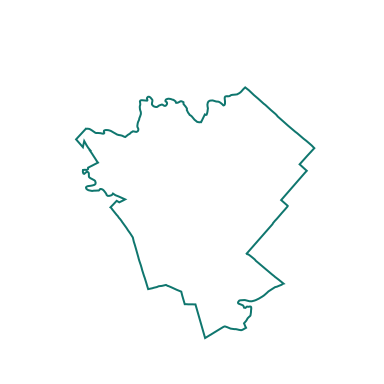 Milcovul, Vrancea, Romania, rotated 212°
{"feature_id": "2599482B789818779685", "entity_name": "Milcovul", "entity_type": "district", "adm_level": 2, "iso_a3": "ROU", "parent_name": "Romania", "parent_adm1": "Vrancea", "projection": "orthographic", "projection_center": [27.261, 45.644], "detail": "fine", "context": "isolated", "style": "outline", "palette": "teal", "viewbox_px": 384, "rotation_deg": 212, "n_neighbors": 0, "source": "geoboundaries", "source_scale": "gbopen_adm2", "svg_char_len": 6051}
<svg xmlns="http://www.w3.org/2000/svg" viewBox="0 0 384 384"><g transform="rotate(212 192 192)"><path d="M271.0,213.5L271.4,213.3L274.2,212.2L274.5,211.7L274.7,211.1L275.1,210.5L275.3,210.0L275.5,209.0L275.6,208.5L276.6,206.6L277.1,205.1L277.4,204.3L277.5,203.8L277.7,203.3L278.5,203.0L281.2,202.7L283.0,202.1L284.3,201.5L285.8,201.1L286.3,201.0L287.6,201.0L289.6,200.9L293.0,200.8L294.4,200.5L295.7,200.1L297.1,199.4L298.2,198.7L298.6,198.2L298.9,197.8L299.1,197.4L299.0,197.1L298.8,196.6L298.1,195.9L297.7,195.6L297.7,195.3L297.7,195.0L297.9,194.7L298.2,194.4L298.6,194.2L300.4,193.5L300.8,193.4L301.3,193.1L303.1,192.2L304.6,191.2L305.5,191.0L306.7,191.1L307.5,191.1L309.1,191.2L311.4,191.2L312.7,191.0L313.1,190.8L314.2,190.3L314.9,189.7L315.2,189.5L315.5,189.5L318.2,175.2L308.3,172.2L310.4,178.1L306.2,175.8L303.5,174.5L300.3,173.4L300.6,173.1L297.0,171.5L294.5,170.3L292.1,169.2L289.2,167.8L287.3,167.1L293.0,157.6L292.7,157.1L292.3,156.3L292.6,155.4L293.0,155.0L295.0,153.8L296.1,152.9L295.4,151.5L294.6,150.6L293.7,150.1L293.0,150.3L292.2,152.8L291.9,153.3L291.4,153.6L290.9,153.7L290.4,153.7L289.7,153.4L289.2,152.9L288.5,151.8L288.1,151.2L287.7,150.6L287.3,150.2L286.8,150.0L285.3,149.9L284.3,150.0L281.1,150.2L280.3,150.1L279.7,149.8L279.2,149.3L278.7,148.9L278.4,148.3L278.2,147.7L278.3,147.0L278.6,146.3L279.9,144.8L281.3,143.5L283.3,141.9L284.0,141.0L284.3,140.3L284.3,139.8L284.1,139.4L283.6,139.0L283.1,138.7L282.6,138.6L282.0,138.6L281.2,138.6L280.6,138.7L277.9,139.7L277.2,140.0L275.7,141.3L275.0,141.7L272.4,143.5L272.0,143.7L271.7,144.1L271.6,144.5L271.6,145.3L271.4,145.9L271.0,146.2L270.0,146.6L268.9,146.7L267.6,146.5L265.1,145.6L263.8,145.0L262.9,144.3L262.6,144.2L261.8,144.1L261.4,144.1L261.0,144.3L260.5,144.6L259.9,145.1L259.0,146.1L258.6,146.6L258.3,147.3L258.2,147.9L258.2,148.8L255.2,148.7L252.1,149.3L244.8,150.3L245.9,148.4L248.2,144.7L251.2,144.6L252.3,139.0L252.9,136.4L253.0,135.8L252.4,135.8L249.9,134.8L244.7,133.0L243.6,132.6L242.6,132.4L241.4,131.9L240.3,131.4L238.8,131.0L236.4,130.1L235.9,129.8L228.5,126.8L226.0,125.6L222.8,124.3L218.1,122.1L216.0,120.0L215.0,119.0L212.4,116.8L209.6,114.3L202.8,108.1L202.1,107.4L200.3,105.8L196.5,102.7L194.6,101.0L192.8,99.3L188.1,95.3L186.8,94.3L183.3,91.3L180.7,89.0L177.7,86.4L174.6,89.4L173.7,90.5L172.4,91.8L171.5,92.7L170.3,94.4L169.6,95.0L167.8,96.4L164.8,99.4L162.8,99.5L162.4,99.7L159.3,100.2L152.9,101.0L150.1,101.5L149.0,101.7L148.3,101.8L145.4,99.0L138.7,93.0L136.9,94.1L135.4,94.9L133.7,96.0L129.5,98.5L103.5,75.1L94.0,94.0L93.2,95.2L92.7,95.5L90.6,96.0L86.9,96.6L85.3,97.3L83.5,98.1L82.0,99.0L80.6,99.5L79.1,100.0L77.2,100.8L76.7,101.2L76.1,102.0L74.2,105.5L75.9,106.5L76.7,107.1L78.3,108.2L78.0,110.1L77.8,111.3L77.8,113.0L77.9,114.1L77.8,114.9L77.6,115.5L77.5,116.2L77.1,117.3L77.0,118.0L77.1,118.6L78.2,121.1L79.4,123.3L79.6,123.8L79.8,124.3L80.5,125.2L80.7,125.6L81.3,125.9L81.8,125.8L82.3,125.5L82.9,124.9L83.4,124.5L84.6,124.0L84.9,123.4L85.1,122.5L85.3,122.0L86.6,121.5L87.4,122.2L88.1,122.6L88.6,122.8L89.8,122.7L93.4,122.0L93.7,122.1L94.0,122.2L94.3,122.5L94.5,122.9L94.5,123.3L94.5,123.8L94.4,124.8L94.1,125.3L93.3,126.0L90.5,128.0L89.6,128.5L85.7,129.7L85.0,130.0L83.4,131.0L81.5,133.0L80.5,134.3L78.8,137.0L77.0,140.5L76.2,142.3L75.6,144.2L74.9,146.6L74.5,148.2L72.2,153.1L71.1,155.4L69.8,156.7L68.7,158.3L66.8,160.9L66.4,162.1L65.8,162.8L72.2,163.6L74.6,163.8L75.1,163.9L76.1,163.9L77.8,164.2L80.5,164.5L101.5,167.5L102.8,168.0L104.8,168.3L108.0,168.7L110.4,168.9L111.0,168.9L112.4,168.5L113.0,168.7L106.7,207.3L106.7,207.8L106.8,208.4L106.4,211.5L106.0,213.4L105.7,215.1L105.0,219.7L104.7,221.8L104.0,225.8L103.4,229.7L103.3,230.5L103.5,231.0L112.1,232.4L106.4,268.3L105.9,270.8L115.4,272.5L113.4,284.0L111.5,294.0L115.2,294.9L119.0,295.5L122.4,296.0L125.5,296.3L134.0,297.6L136.4,297.8L146.0,299.2L151.8,300.2L155.4,300.8L159.7,301.5L160.1,301.8L160.5,301.9L162.5,302.4L168.5,303.3L175.9,304.7L178.1,304.9L185.3,306.2L190.8,307.0L197.6,308.4L202.3,308.9L202.5,308.3L202.8,307.0L203.0,306.2L203.4,303.6L203.7,302.3L204.4,300.6L204.9,299.8L205.4,298.8L206.7,297.7L209.1,295.9L210.0,295.1L210.4,294.5L210.6,294.1L210.8,293.5L211.5,292.7L212.7,291.9L213.0,291.9L213.5,291.5L214.3,290.7L214.4,289.8L213.9,288.7L212.0,286.3L210.8,284.3L210.6,283.4L210.6,282.9L210.9,282.4L211.2,282.1L211.6,282.1L212.4,282.4L214.6,282.7L215.8,282.8L216.9,282.7L217.4,282.6L218.1,282.3L219.3,281.6L223.0,280.6L223.7,280.1L224.8,279.3L225.4,278.7L226.0,277.4L225.9,276.0L225.2,274.2L223.9,272.5L222.9,271.5L221.4,268.2L220.8,266.4L220.6,265.2L221.1,264.7L222.2,264.6L221.3,256.3L221.5,256.3L221.5,256.2L221.9,255.6L222.3,255.3L222.8,255.0L223.9,254.5L224.3,254.4L224.9,254.2L226.2,254.4L228.1,254.6L232.3,256.0L233.9,256.2L234.8,256.1L236.1,256.8L236.8,257.0L237.5,257.3L238.7,258.1L239.8,258.7L239.9,258.8L240.2,259.6L240.4,259.9L240.7,260.2L241.7,260.6L243.0,261.2L243.5,261.3L245.5,262.0L245.8,262.1L246.8,263.6L247.3,263.6L248.8,263.4L249.1,263.3L249.5,263.1L250.1,262.5L250.2,262.1L250.7,261.3L251.4,260.2L252.5,259.3L252.9,259.2L253.9,260.1L255.8,260.3L256.7,260.3L257.3,260.0L258.8,259.7L260.0,259.3L261.1,258.8L261.7,258.4L262.6,257.4L262.9,256.9L263.1,256.5L263.0,255.7L262.9,255.3L262.7,255.1L262.4,254.8L262.1,254.8L261.1,254.8L260.5,254.4L259.9,253.6L259.8,252.6L259.9,251.6L260.4,250.8L261.2,250.4L262.7,250.4L263.4,250.4L264.0,250.1L264.9,249.0L265.5,248.2L266.0,247.4L266.3,246.4L266.8,245.5L268.0,244.8L269.5,244.4L271.1,244.5L271.6,244.7L272.4,245.1L272.9,245.9L273.2,246.6L273.8,248.2L274.2,248.8L274.6,249.2L277.0,250.0L277.4,250.1L278.6,250.1L279.6,249.6L279.9,249.0L280.0,248.2L279.9,247.6L278.9,246.7L278.4,246.0L278.5,245.7L279.6,245.1L281.2,244.3L283.1,243.3L283.8,242.8L284.2,242.2L284.2,241.3L282.4,239.1L282.0,238.2L281.7,237.1L281.2,236.2L279.9,234.5L278.7,233.4L278.0,232.9L277.5,232.3L276.7,231.1L276.1,228.8L275.7,226.5L275.2,225.4L275.0,224.1L274.8,222.6L274.4,221.4L273.8,220.0L273.4,219.1L272.7,218.2L271.7,217.6L271.0,217.1L270.4,216.2L270.2,214.9L270.5,214.2L271.0,213.5Z" fill="none" stroke="#0f766e" stroke-width="2"/></g></svg>